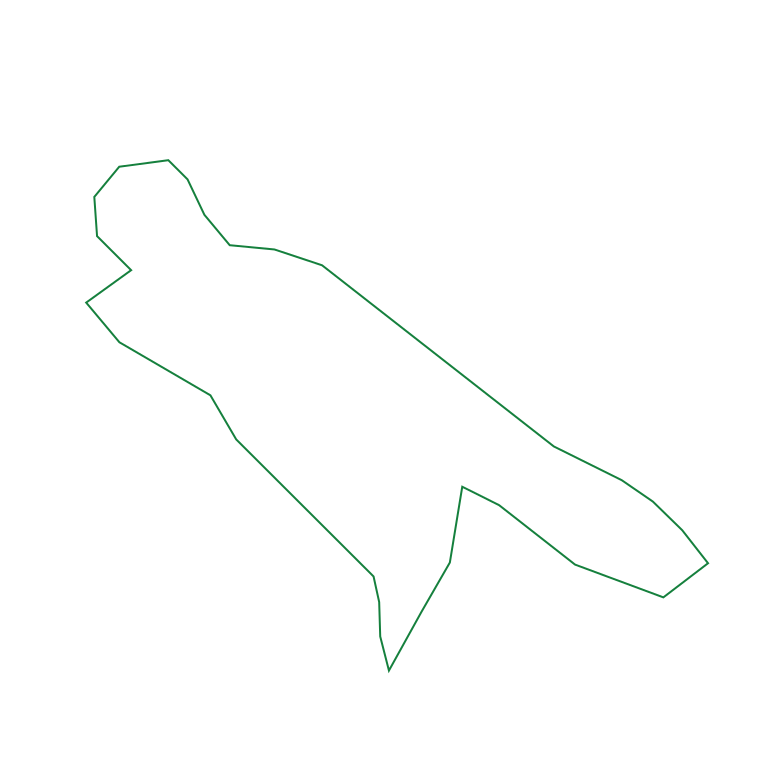 an SVG outline of Western Tobago, rotated 75°
{"feature_id": "TTO-5090", "entity_name": "Western Tobago", "entity_type": "Region", "adm_level": 1, "iso_a3": "TTO", "parent_name": "Trinidad and Tobago", "parent_adm1": "", "projection": "natural_earth1", "projection_center": [-60.737, 11.226], "detail": "fine", "context": "isolated", "style": "outline", "palette": "green", "viewbox_px": 768, "rotation_deg": 75, "n_neighbors": 0, "source": "natural_earth", "source_scale": "10m", "svg_char_len": 525}
<svg xmlns="http://www.w3.org/2000/svg" viewBox="0 0 768 768"><g transform="rotate(75 384 384)"><path d="M662.1,453.4L626.9,453.0L593.4,445.1L567.2,443.9L399.3,541.1L350.0,554.6L275.2,628.8L228.3,650.6L208.6,598.8L166.9,622.9L128.3,615.4L105.6,583.5L112.0,534.4L135.5,520.8L174.1,513.7L210.0,497.1L225.7,455.0L253.3,413.1L488.3,236.1L538.5,179.2L567.2,154.7L602.4,133.8L641.0,117.4L662.4,169.4L607.9,246.2L530.8,304.2L503.5,335.0L573.5,366.6L613.7,406.7L662.1,453.4Z" fill="none" stroke="#15803d" stroke-width="2"/></g></svg>